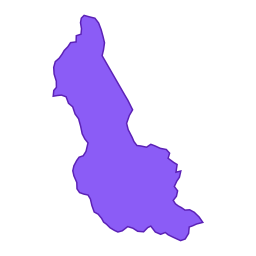 outline of São Domingos, Sergipe, Brazil
{"feature_id": "56859067B88491630275121", "entity_name": "São Domingos", "entity_type": "district", "adm_level": 2, "iso_a3": "BRA", "parent_name": "Brazil", "parent_adm1": "Sergipe", "projection": "equal_earth", "projection_center": [-37.572, -10.77], "detail": "fine", "context": "isolated", "style": "filled", "palette": "violet", "viewbox_px": 256, "rotation_deg": 0, "n_neighbors": 0, "source": "geoboundaries", "source_scale": "gbopen_adm2", "svg_char_len": 1430}
<svg xmlns="http://www.w3.org/2000/svg" viewBox="0 0 256 256"><path d="M94.9,18.2L89.2,16.8L84.1,15.4L81.3,18.2L80.5,22.7L81.5,28.7L81.0,34.2L76.3,35.7L76.1,41.9L70.6,42.6L67.8,46.8L64.2,50.5L62.0,54.3L59.2,58.2L55.3,61.6L53.7,67.4L54.1,74.0L56.3,81.2L56.4,87.4L53.8,90.4L53.2,96.2L57.5,95.5L61.5,95.1L66.1,96.8L68.5,103.3L72.7,106.8L75.1,114.0L78.6,118.8L80.6,126.1L82.2,133.8L84.8,138.9L88.0,142.9L86.0,151.4L83.2,155.8L79.1,157.2L76.7,160.5L73.9,165.8L72.8,170.8L73.9,175.8L76.8,182.5L77.0,188.8L79.6,192.6L83.8,194.1L88.0,195.0L90.4,199.0L91.9,205.5L94.2,212.0L98.2,214.2L101.6,218.4L103.6,222.1L106.5,224.2L110.1,227.8L114.4,230.4L117.9,232.0L122.3,230.8L127.7,226.6L132.9,228.2L137.7,231.3L143.6,231.8L147.7,227.6L150.8,226.1L155.3,232.0L160.6,234.3L165.3,232.5L168.2,234.8L173.1,237.2L177.0,239.0L180.6,240.6L185.2,239.0L188.6,233.4L189.2,227.0L192.6,225.8L196.6,224.0L202.8,222.4L199.1,217.0L194.3,212.3L189.7,209.8L185.0,210.1L181.4,207.6L178.2,205.9L175.4,203.8L173.2,200.4L176.4,196.3L177.6,190.8L174.3,186.5L176.8,181.1L179.4,177.3L180.8,171.0L176.0,172.2L177.1,164.5L173.8,162.5L168.1,158.3L169.6,153.2L166.3,149.5L160.2,148.3L155.0,145.9L150.8,144.3L146.6,147.2L140.9,146.0L136.9,145.5L133.9,141.5L132.2,137.5L128.2,129.7L126.6,123.3L129.4,115.3L132.6,109.8L127.8,100.2L124.6,94.8L102.1,55.7L103.5,49.8L104.5,42.8L103.1,36.9L101.2,29.9L98.6,23.0L94.9,18.2Z" fill="#8b5cf6" stroke="#5b21b6" stroke-width="1.5"/></svg>